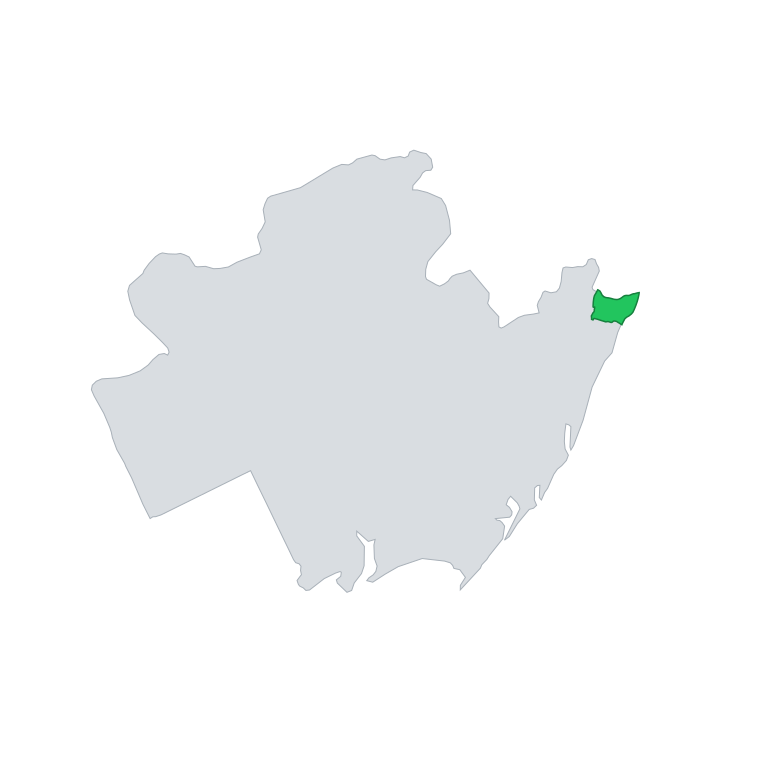 location of Haute-Banio, Nyanga, Gabon, rotated 244°
{"feature_id": "22940354B88632619890778", "entity_name": "Haute-Banio", "entity_type": "district", "adm_level": 2, "iso_a3": "GAB", "parent_name": "Gabon", "parent_adm1": "Nyanga", "projection": "robinson", "projection_center": [11.179, -3.673], "detail": "fine", "context": "in_parent", "style": "filled", "palette": "green", "viewbox_px": 768, "rotation_deg": 244, "n_neighbors": 0, "source": "geoboundaries", "source_scale": "gbopen_adm2", "svg_char_len": 4505}
<svg xmlns="http://www.w3.org/2000/svg" viewBox="0 0 768 768"><g transform="rotate(244 384 384)"><path d="M512.6,126.6L512.3,132.6L506.3,147.3L503.5,158.6L502.7,170.6L504.4,180.3L507.3,187.2L509.2,194.7L507.7,199.9L504.8,202.2L506.8,204.8L511.2,205.4L518.6,203.1L530.0,199.1L545.0,193.3L554.8,190.2L571.1,192.2L579.7,194.4L584.2,198.5L589.0,215.7L591.4,218.3L595.3,225.7L598.6,234.5L599.3,239.0L599.0,242.2L595.6,247.0L591.9,254.0L590.6,258.3L587.5,261.4L583.6,264.5L572.7,265.8L571.1,267.6L568.0,275.1L562.3,281.4L559.7,287.4L557.4,295.4L557.9,305.3L556.7,319.5L555.6,329.1L558.4,332.5L571.4,334.8L573.9,336.7L577.3,342.7L581.8,348.3L593.6,351.8L598.2,356.1L602.0,360.8L602.5,364.6L599.7,380.1L597.1,394.9L598.1,406.2L599.1,417.0L600.5,432.7L599.9,442.3L596.5,448.1L596.5,452.7L598.0,458.2L595.1,473.5L593.1,476.1L587.8,479.0L585.0,483.1L584.1,489.5L581.3,498.3L578.3,501.6L578.3,505.7L581.2,508.7L581.1,513.3L575.8,518.7L572.6,522.9L565.5,525.0L557.5,522.8L555.6,519.8L557.5,515.0L556.8,511.2L554.0,507.2L549.7,497.0L545.9,494.8L543.8,499.0L537.2,506.8L525.6,516.8L517.4,517.6L502.4,514.6L489.8,509.8L483.9,498.0L480.2,488.4L474.8,477.1L468.8,471.8L462.4,468.4L459.5,468.1L450.3,474.4L447.5,476.9L447.5,482.1L448.4,487.0L449.8,489.4L451.0,492.5L450.8,497.4L449.1,504.0L448.6,511.2L419.7,518.3L414.7,515.7L411.1,512.5L406.7,513.0L394.2,516.7L389.6,514.2L385.0,512.3L382.9,513.8L382.7,516.9L384.9,533.9L384.2,540.4L381.4,548.8L379.9,554.6L387.5,556.2L390.3,558.9L393.0,563.1L396.7,567.1L397.0,569.5L392.8,574.0L391.3,579.4L393.3,583.7L398.5,588.2L406.1,592.8L409.8,595.8L409.5,598.6L406.0,604.5L404.6,609.5L402.2,614.1L402.7,618.2L406.1,622.1L405.7,625.6L403.4,628.2L398.7,627.7L394.7,628.0L391.1,627.0L379.8,613.5L377.4,613.1L361.0,623.5L357.0,627.7L353.6,633.8L349.1,647.0L341.7,639.3L335.3,625.3L327.8,616.6L312.1,602.6L307.9,592.4L290.0,569.7L264.1,547.0L245.5,527.3L242.7,523.0L245.8,523.5L263.8,533.3L266.3,532.2L268.4,530.0L260.6,524.9L253.1,520.8L246.2,518.3L239.2,518.5L235.3,514.4L232.7,508.0L231.5,502.6L228.4,497.0L218.5,485.3L216.1,480.8L210.7,474.6L213.9,473.8L224.6,479.7L225.5,477.4L224.6,473.9L213.9,468.3L208.1,468.0L206.8,464.0L207.6,459.5L199.9,442.5L192.0,429.8L190.8,423.8L212.2,451.4L215.0,451.9L218.8,451.7L227.6,448.6L225.9,444.9L221.9,440.9L218.1,442.7L213.0,443.1L210.4,441.4L209.2,438.6L214.2,425.1L212.1,425.8L210.5,428.2L207.7,429.4L203.4,430.1L192.9,422.9L183.6,403.4L181.2,399.5L178.7,392.7L176.2,389.9L165.5,362.3L169.6,364.4L174.5,372.4L183.9,370.7L187.6,366.0L190.9,366.2L194.2,365.2L198.3,360.8L210.4,341.8L213.6,316.7L212.6,301.8L210.8,287.0L214.8,282.3L216.4,285.4L217.2,290.6L219.1,294.5L223.4,298.0L231.4,298.9L243.8,304.4L248.2,307.9L249.4,300.9L263.7,295.0L259.4,292.9L246.7,295.2L229.3,286.4L223.5,280.7L218.2,270.0L212.6,264.4L213.0,259.4L225.5,254.8L228.8,255.3L230.1,260.8L233.5,263.1L234.7,262.3L235.3,257.6L235.3,245.0L231.5,226.8L232.7,223.3L236.1,222.1L239.2,219.7L241.3,219.2L245.5,219.7L247.7,223.9L248.8,226.2L253.1,227.3L256.6,229.5L259.6,228.9L262.1,226.3L265.8,225.7L277.2,225.8L287.5,225.8L308.0,225.9L328.6,226.0L349.1,226.0L364.6,226.1L364.6,215.7L364.5,199.7L364.4,180.8L364.3,162.7L364.2,145.9L364.1,126.1L364.9,120.4L366.0,118.1L365.6,114.8L381.5,114.6L410.3,116.0L422.9,115.8L426.4,116.1L442.1,115.1L454.9,116.4L460.3,117.8L465.2,118.5L480.4,119.3L500.3,118.2L507.1,118.5L510.8,121.3L512.6,126.6Z" fill="#d9dde1" stroke="#a8b0b8" stroke-width="1"/><path d="M375.0,617.4L372.9,614.5L371.1,611.8L369.1,610.1L366.0,608.1L363.0,606.4L361.6,605.7L361.1,606.0L361.0,606.7L360.8,607.0L360.0,606.7L359.5,606.3L358.8,605.7L358.2,605.4L357.3,604.9L356.9,604.4L356.6,603.7L356.2,602.8L355.1,601.4L354.3,600.2L353.2,599.8L352.3,599.5L351.1,598.9L350.1,599.8L350.0,600.3L350.8,601.0L350.7,601.8L350.1,602.5L348.5,604.4L346.0,606.9L344.0,609.1L342.8,610.3L342.4,611.2L342.1,612.3L341.5,613.3L339.8,615.0L339.5,615.8L339.6,616.6L339.9,617.5L339.8,618.3L339.4,619.1L338.6,620.1L337.8,620.8L336.6,621.4L335.7,622.1L334.8,622.6L333.8,623.2L333.0,623.8L334.0,624.9L337.1,629.1L337.7,631.6L337.8,634.0L338.5,637.1L339.4,639.2L341.6,641.9L344.3,644.9L347.2,647.8L349.7,650.0L353.0,652.6L354.3,653.4L354.4,653.1L354.9,651.3L355.3,648.9L355.8,647.6L356.0,645.8L356.0,644.1L356.4,642.4L357.2,641.1L357.8,639.5L357.9,637.8L357.5,636.0L357.2,633.7L357.4,631.5L358.0,630.0L359.3,627.9L361.3,625.7L362.9,623.7L363.7,622.4L364.8,620.8L366.2,619.7L368.3,619.0L370.6,619.0L372.9,618.8L374.7,617.7L375.0,617.4Z" fill="#22c55e" stroke="#15803d" stroke-width="1.5"/></g></svg>